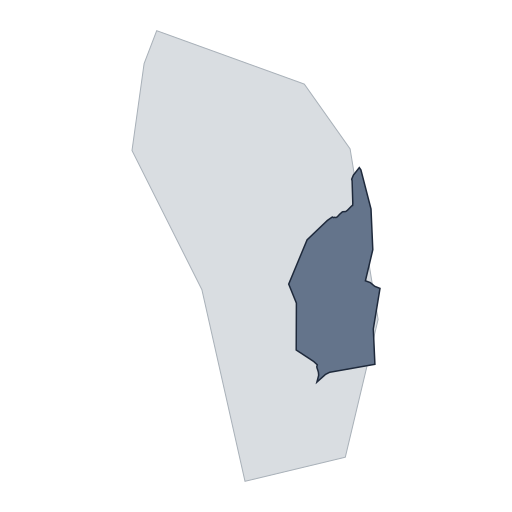 Dominica, with Saint David highlighted
{"feature_id": "DMA-1433", "entity_name": "Saint David", "entity_type": "Parish", "adm_level": 1, "iso_a3": "DMA", "parent_name": "Dominica", "parent_adm1": "", "projection": "orthographic", "projection_center": [-61.287, 15.413], "detail": "fine", "context": "in_parent", "style": "filled", "palette": "slate", "viewbox_px": 512, "rotation_deg": 0, "n_neighbors": 0, "source": "natural_earth", "source_scale": "10m", "svg_char_len": 971}
<svg xmlns="http://www.w3.org/2000/svg" viewBox="0 0 512 512"><path d="M345.3,457.2L245.0,481.3L201.9,289.7L132.0,150.5L144.1,63.6L156.7,30.7L304.3,84.1L350.1,148.9L378.1,319.4L345.3,457.2Z" fill="#d9dde1" stroke="#a8b0b8" stroke-width="1"/><path d="M359.3,167.6L360.9,169.9L371.0,209.0L372.8,249.7L365.4,280.8L370.3,282.6L374.7,286.3L380.0,288.4L373.3,328.9L374.9,364.3L329.6,372.3L325.5,374.4L316.9,382.1L318.6,375.6L318.6,374.4L318.4,372.3L317.9,370.5L317.1,368.2L316.9,367.4L316.8,366.6L317.3,364.8L313.7,361.5L296.2,350.0L296.4,303.1L288.7,284.1L307.1,239.8L327.4,220.4L332.3,217.0L332.7,217.2L333.2,217.4L333.6,217.6L333.9,217.5L334.6,217.3L335.0,217.4L335.8,217.5L336.1,217.5L336.9,217.1L337.8,216.3L339.6,214.3L342.3,211.9L342.7,211.8L343.1,211.7L344.8,211.6L345.3,211.6L345.9,211.4L346.5,211.0L347.6,210.1L351.5,206.1L352.2,205.6L352.6,205.5L352.8,203.3L352.1,180.8L351.7,179.2L353.4,175.1L359.3,167.6Z" fill="#64748b" stroke="#1e293b" stroke-width="1.5"/></svg>